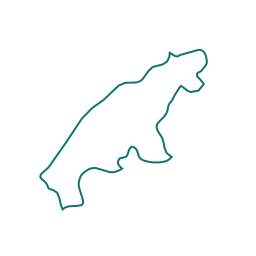 SVG path tracing the border of Qacha's Nek, rotated 157°
{"feature_id": "LSO-1214", "entity_name": "Qacha's Nek", "entity_type": "District", "adm_level": 1, "iso_a3": "LSO", "parent_name": "Lesotho", "parent_adm1": "", "projection": "mercator", "projection_center": [28.653, -29.956], "detail": "fine", "context": "isolated", "style": "outline", "palette": "teal", "viewbox_px": 256, "rotation_deg": 157, "n_neighbors": 0, "source": "natural_earth", "source_scale": "10m", "svg_char_len": 1641}
<svg xmlns="http://www.w3.org/2000/svg" viewBox="0 0 256 256"><g transform="rotate(157 128 128)"><path d="M199.5,133.4L191.1,138.6L166.6,154.8L153.0,160.4L139.1,163.5L120.1,170.7L113.0,170.7L102.7,166.7L99.2,166.3L95.8,167.1L86.6,172.6L81.4,174.5L71.2,173.0L66.2,173.8L62.0,177.5L60.2,180.9L56.5,175.7L55.5,175.1L54.2,174.5L52.9,174.7L51.3,174.8L33.1,172.5L30.7,171.5L29.2,169.9L28.4,168.3L28.1,166.7L28.1,164.9L28.3,162.9L29.3,158.7L30.3,156.9L32.0,155.2L38.4,151.8L42.5,151.5L43.4,150.6L44.1,148.7L42.6,144.5L41.0,139.0L42.1,138.2L48.6,134.9L56.2,136.6L58.6,138.9L62.0,145.1L62.8,146.0L63.4,145.6L64.3,145.4L71.6,140.4L76.3,136.5L77.4,135.8L78.4,135.3L79.6,134.8L80.9,133.8L82.6,132.1L85.2,128.2L87.3,126.2L89.6,124.7L96.8,121.7L99.2,120.5L100.8,118.9L101.7,116.1L101.7,113.1L100.4,105.7L100.9,101.1L102.1,95.1L102.2,90.0L99.1,84.2L102.6,82.9L104.7,82.7L107.5,82.8L111.8,83.8L117.7,86.2L121.7,88.5L125.6,91.4L127.1,92.9L128.2,94.5L128.9,96.3L129.0,98.5L128.6,103.1L128.7,105.1L129.2,106.6L130.2,107.9L131.4,108.9L132.3,109.3L135.0,108.1L136.5,106.4L137.9,104.7L139.4,103.2L141.4,102.3L143.4,102.4L145.4,103.0L147.4,103.2L149.5,102.1L151.2,99.1L150.6,96.0L149.3,93.0L149.6,93.0L151.6,92.5L155.9,92.5L159.0,93.1L161.8,94.3L173.2,103.7L176.3,105.0L179.7,105.4L184.0,104.8L187.4,103.8L190.5,102.1L193.8,98.4L195.3,95.7L196.2,93.0L197.8,78.1L199.0,76.2L201.0,75.1L205.4,76.2L212.5,78.9L216.8,79.4L220.0,78.6L219.8,83.9L218.6,90.4L218.5,96.2L221.5,100.5L224.2,102.6L224.8,104.4L224.6,106.5L225.1,110.0L227.4,114.6L227.9,117.0L226.6,119.1L224.1,120.3L218.6,122.0L216.0,123.1L199.5,133.4Z" fill="none" stroke="#0f766e" stroke-width="2"/></g></svg>